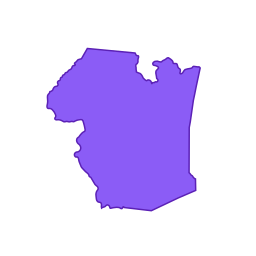 the district of Concepcion, Intibucá, Honduras, rotated 293°
{"feature_id": "27666195B925617765542", "entity_name": "Concepcion", "entity_type": "district", "adm_level": 2, "iso_a3": "HND", "parent_name": "Honduras", "parent_adm1": "Intibucá", "projection": "albers", "projection_center": [-88.315, 14.049], "detail": "fine", "context": "isolated", "style": "filled", "palette": "violet", "viewbox_px": 256, "rotation_deg": 293, "n_neighbors": 0, "source": "geoboundaries", "source_scale": "gbopen_adm2", "svg_char_len": 5803}
<svg xmlns="http://www.w3.org/2000/svg" viewBox="0 0 256 256"><g transform="rotate(293 128 128)"><path d="M107.5,210.0L107.5,209.8L107.4,209.4L107.4,209.2L108.1,207.4L108.6,206.7L109.1,205.9L109.2,205.6L109.2,205.1L109.3,204.7L109.6,204.0L110.3,202.8L110.7,201.7L152.3,184.2L158.1,182.9L178.9,177.4L185.0,176.2L193.2,174.5L211.4,171.0L211.7,170.6L212.0,169.9L212.0,169.4L211.9,169.1L211.6,168.8L211.6,168.7L210.6,165.0L210.4,164.4L210.3,164.2L209.8,163.8L208.7,163.5L208.2,163.3L208.0,163.1L207.3,162.2L205.6,159.6L204.8,158.6L204.3,158.0L204.1,157.7L203.5,157.5L202.8,157.2L200.0,156.7L199.5,156.4L198.9,155.9L198.6,155.6L198.5,155.3L198.4,155.0L198.5,154.8L198.7,154.5L198.9,154.2L199.1,154.2L199.7,154.2L200.7,154.0L201.7,153.6L202.3,153.2L202.6,152.7L202.7,152.3L202.8,151.7L202.9,151.3L203.1,150.8L203.4,150.4L204.0,149.8L205.5,148.6L206.0,148.1L206.1,147.7L206.1,147.1L205.3,145.0L205.2,144.5L205.4,144.3L205.6,144.0L206.4,143.5L207.0,142.9L207.3,142.3L207.6,141.6L208.0,140.3L208.3,138.7L208.4,137.9L208.4,137.6L208.3,137.4L207.9,136.9L207.6,136.6L207.1,136.3L206.6,136.1L204.8,134.9L204.2,134.2L203.5,133.7L203.0,133.4L202.2,133.1L201.9,132.8L201.6,132.4L201.4,131.5L201.2,130.8L201.1,129.6L201.0,128.9L200.3,127.6L199.7,126.6L199.3,126.3L198.8,126.0L198.3,125.7L197.8,125.6L197.3,125.6L196.8,125.7L196.4,126.0L196.1,126.3L195.9,126.7L195.8,127.1L195.9,127.7L196.2,128.9L196.2,129.9L196.2,130.9L196.1,131.4L195.9,132.0L195.7,132.2L195.5,132.4L195.1,132.6L194.2,132.4L193.4,132.2L192.5,131.8L191.9,131.6L191.1,131.6L190.1,131.9L189.2,132.3L186.6,134.0L184.9,135.0L184.7,135.2L184.6,135.8L184.4,136.2L184.0,136.7L183.4,137.0L183.0,137.0L182.6,137.0L182.2,136.9L181.9,136.6L181.6,136.4L181.5,136.1L181.3,135.4L181.2,135.1L180.9,134.9L180.3,134.6L179.9,134.3L179.8,134.0L179.6,133.3L179.4,133.0L179.2,132.8L179.0,132.7L178.4,132.8L178.3,132.7L178.2,132.6L178.3,132.3L179.0,131.8L179.8,131.0L180.1,130.5L180.3,129.9L180.4,129.5L180.4,129.0L180.3,128.5L180.2,127.9L180.0,127.6L179.8,127.3L179.6,127.2L179.1,126.9L178.9,126.7L178.8,126.4L178.8,125.7L179.0,125.0L179.2,124.3L179.6,123.3L179.8,122.8L180.2,122.1L181.0,121.3L181.5,120.7L182.3,119.5L182.7,118.6L182.9,117.9L182.8,115.8L182.8,114.4L182.9,113.8L183.8,113.4L185.2,112.5L186.6,111.9L187.3,111.5L188.0,110.9L189.1,110.7L189.7,110.6L190.9,111.3L192.5,111.4L192.9,111.3L194.1,110.7L195.1,110.4L195.9,110.2L197.2,110.1L197.9,109.8L198.1,109.7L198.3,109.5L198.5,109.1L198.4,108.7L198.2,108.2L198.1,107.9L198.1,107.6L198.2,107.2L198.4,106.9L199.8,105.2L185.3,59.5L173.6,58.1L171.4,55.4L171.0,55.2L168.6,54.4L167.4,53.7L166.8,53.5L166.5,53.6L166.3,53.7L166.1,53.9L166.0,54.3L165.8,54.6L165.4,54.7L165.0,54.6L164.8,54.5L164.6,54.3L164.3,53.7L164.2,53.4L163.7,53.0L163.2,52.8L162.7,52.7L162.1,52.7L161.1,52.8L160.6,52.7L160.2,52.6L159.4,52.1L158.5,51.3L158.1,51.0L157.3,50.7L156.3,50.5L155.7,50.3L155.3,49.9L154.8,49.3L154.4,48.9L153.9,48.7L152.9,48.7L152.4,48.5L152.0,48.3L151.5,47.7L151.1,47.4L150.6,47.3L149.8,47.5L149.4,47.5L148.9,47.2L148.5,46.8L148.3,46.6L147.7,46.4L147.2,46.4L146.3,46.7L145.9,46.8L145.5,46.7L144.9,46.4L144.4,45.8L144.0,45.5L143.5,45.3L143.0,45.2L142.5,45.3L142.0,45.5L141.7,45.7L141.2,46.3L140.7,46.6L140.2,46.7L139.6,46.7L139.1,46.5L138.7,46.2L138.4,45.8L137.8,44.9L137.5,44.6L137.0,44.3L136.5,44.1L135.8,43.9L135.0,43.8L133.9,43.9L133.4,43.8L132.9,43.6L132.5,43.4L132.0,43.1L131.5,42.6L131.0,41.9L130.3,42.0L129.7,42.0L128.9,41.9L128.0,41.5L127.5,41.4L126.7,41.3L126.1,41.4L124.9,41.8L122.3,43.1L120.8,43.8L119.1,44.3L117.1,44.7L116.5,44.9L115.8,45.2L115.4,45.5L115.1,45.8L114.9,46.2L114.8,46.6L114.9,47.2L115.3,48.1L115.5,48.8L115.6,49.7L115.5,50.4L115.3,51.0L114.9,51.9L114.0,53.6L113.4,54.4L112.8,55.1L112.2,55.8L111.4,56.5L110.9,56.8L110.2,57.0L109.5,57.0L108.6,56.8L108.1,57.0L107.8,57.1L107.6,57.5L107.5,57.8L107.4,58.3L107.6,59.1L108.4,60.6L108.6,61.3L108.8,62.1L108.9,63.0L108.9,64.0L108.7,66.2L108.7,66.7L108.9,67.1L109.2,67.7L109.8,68.5L110.1,69.0L110.3,69.8L110.5,70.9L110.7,71.5L111.0,72.1L111.7,73.0L112.1,73.7L112.2,74.1L112.4,75.0L112.6,75.6L113.0,76.0L113.9,76.7L114.4,77.2L115.3,78.1L116.4,79.7L117.3,81.3L117.5,81.9L117.6,82.4L117.4,82.9L117.1,83.6L115.6,84.9L113.2,86.8L111.2,88.2L109.7,89.2L109.4,89.3L109.0,89.4L108.5,89.5L107.9,89.3L106.3,88.1L105.5,87.7L104.8,87.4L102.6,86.7L100.4,86.2L99.7,85.7L98.8,85.3L98.3,85.2L97.4,85.3L96.6,85.5L95.9,85.9L95.3,86.4L94.8,87.0L94.4,87.6L94.1,88.3L93.9,89.0L93.7,89.6L93.5,90.1L93.1,90.7L92.6,91.3L92.0,91.8L91.4,92.2L90.6,92.5L89.8,92.6L89.0,92.6L88.2,92.4L87.6,92.1L87.0,91.7L86.5,91.2L86.1,90.7L85.8,90.1L85.5,89.7L85.0,89.4L84.5,89.1L83.9,88.9L83.2,88.9L82.5,89.1L82.0,89.4L81.6,89.7L81.3,90.1L81.1,90.5L80.9,91.0L81.0,91.7L81.2,92.0L81.4,92.3L81.5,92.5L81.4,93.0L81.3,93.5L81.1,93.8L80.3,94.5L78.4,95.8L77.4,96.7L74.1,100.0L73.6,100.7L73.0,101.9L71.6,105.1L71.1,106.4L70.5,108.5L70.0,109.6L69.6,110.2L68.7,110.8L68.3,111.3L68.2,111.6L68.1,111.9L68.1,112.2L68.1,112.8L68.0,113.1L63.2,119.6L62.8,120.6L62.3,122.2L62.1,122.8L61.7,123.4L61.3,123.7L60.9,124.0L60.5,124.2L60.0,124.3L59.3,124.3L58.0,124.0L57.1,123.9L56.1,124.0L55.0,124.2L54.2,124.5L53.0,125.1L50.7,126.4L49.9,126.9L49.1,127.6L48.8,128.1L48.5,128.6L48.3,129.2L48.3,129.8L48.4,130.3L48.6,131.0L48.6,131.6L48.5,132.2L48.2,132.7L47.8,133.1L47.1,133.5L46.4,133.8L45.0,134.3L44.0,135.0L44.5,135.3L45.0,135.7L45.9,136.7L46.4,137.3L47.0,137.7L47.8,138.0L48.4,138.3L48.9,138.8L49.2,139.2L49.2,139.6L49.2,140.1L49.1,140.7L48.9,141.2L48.6,141.6L48.0,142.1L47.4,142.7L47.2,143.0L47.3,143.3L47.7,143.9L48.9,145.6L50.6,148.6L51.1,150.2L51.3,150.9L51.3,151.8L51.1,152.7L51.2,153.2L51.3,153.7L51.5,153.9L51.6,154.0L52.3,154.0L53.2,154.2L53.5,154.4L53.7,154.6L53.7,154.9L53.6,155.2L53.5,155.4L53.3,155.5L61.0,181.8L83.4,201.7L97.0,214.7L107.5,210.0Z" fill="#8b5cf6" stroke="#5b21b6" stroke-width="1.5"/></g></svg>